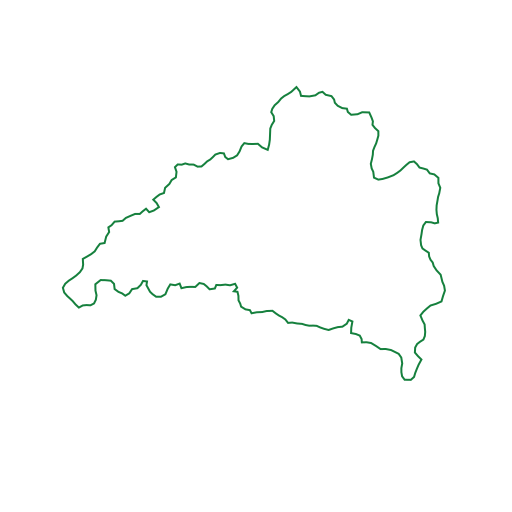 Alpinópolis, Minas Gerais, Brazil, rotated 257°
{"feature_id": "56859067B92353622671718", "entity_name": "Alpinópolis", "entity_type": "district", "adm_level": 2, "iso_a3": "BRA", "parent_name": "Brazil", "parent_adm1": "Minas Gerais", "projection": "albers", "projection_center": [-46.38, -20.827], "detail": "fine", "context": "isolated", "style": "outline", "palette": "green", "viewbox_px": 512, "rotation_deg": 257, "n_neighbors": 0, "source": "geoboundaries", "source_scale": "gbopen_adm2", "svg_char_len": 3726}
<svg xmlns="http://www.w3.org/2000/svg" viewBox="0 0 512 512"><g transform="rotate(257 256 256)"><path d="M292.1,86.6L286.4,85.6L282.9,84.1L279.9,80.8L277.4,76.4L275.6,72.2L274.1,68.1L271.9,63.9L268.5,60.7L263.6,60.9L259.4,63.1L256.4,65.2L253.4,67.2L249.5,69.2L245.6,71.8L246.8,76.1L246.3,79.9L245.2,83.6L246.2,87.5L249.4,90.1L253.6,91.8L258.4,91.8L264.6,93.1L267.5,99.2L266.3,103.9L264.6,109.0L260.8,111.4L255.6,110.8L252.0,113.9L249.7,117.1L246.7,119.7L248.1,124.1L251.6,127.8L251.3,133.2L253.8,137.3L257.1,140.3L255.7,144.1L252.2,142.7L248.6,143.7L245.0,144.7L242.1,146.6L238.8,149.5L237.7,154.3L239.1,159.1L244.1,162.7L247.6,166.1L245.7,170.7L246.3,175.4L241.4,176.1L241.4,181.1L240.7,185.2L239.5,189.9L242.4,194.8L240.5,198.8L237.7,201.0L234.0,203.3L233.6,208.6L236.7,210.8L235.6,214.8L235.0,219.8L233.3,224.1L233.6,229.4L229.4,230.5L226.6,226.5L225.3,229.9L221.1,229.9L216.7,229.0L213.2,229.9L210.0,230.1L206.4,233.7L204.6,237.9L201.2,238.8L201.0,244.1L200.0,249.4L200.0,253.9L198.9,259.7L195.6,262.4L192.8,265.0L190.5,267.7L187.6,270.3L183.6,272.2L183.0,276.3L181.0,280.9L179.5,285.6L177.6,288.8L176.1,292.2L175.3,296.1L174.3,299.4L172.0,302.4L169.7,306.0L167.6,310.0L168.1,315.1L168.3,319.7L167.7,324.3L169.6,329.2L172.9,332.0L170.5,335.2L164.7,332.7L159.5,331.3L157.5,335.8L155.1,339.2L151.3,340.2L148.0,339.7L147.1,344.3L145.3,348.6L141.2,352.8L137.3,356.4L136.2,361.5L134.0,366.4L131.4,369.6L128.6,373.0L124.4,374.7L118.4,374.3L114.0,372.4L110.0,371.5L105.9,371.3L102.0,373.0L100.5,379.0L102.6,382.8L106.3,384.9L109.8,387.3L113.5,390.0L117.9,393.9L122.0,391.3L126.2,389.1L131.0,390.5L134.0,393.2L135.5,396.4L136.9,400.3L140.0,402.5L144.0,403.8L147.7,404.3L151.4,404.9L155.8,403.7L161.1,402.8L164.1,406.6L166.4,410.7L168.5,414.9L168.9,420.7L170.0,426.5L175.0,429.3L179.8,432.3L184.7,432.6L188.9,431.8L196.2,431.7L201.4,428.7L206.2,426.9L209.9,426.7L213.1,425.2L216.6,424.6L220.3,425.1L223.3,422.2L225.9,419.9L229.3,419.3L234.7,419.9L240.1,422.2L244.0,423.7L248.1,425.9L250.9,429.2L249.4,434.3L247.6,437.5L247.6,441.0L251.9,441.6L256.1,441.6L260.4,442.2L264.7,443.4L269.4,445.4L272.6,446.7L275.8,448.6L281.0,450.9L285.8,450.1L291.1,451.3L295.4,448.1L297.4,443.9L301.7,442.0L303.6,438.7L305.4,435.2L309.3,433.5L312.6,431.2L312.8,426.7L311.0,423.1L309.3,420.1L306.8,415.9L305.2,412.2L303.8,408.2L302.9,402.0L302.6,396.7L302.9,392.4L305.8,388.6L311.7,389.2L315.3,388.4L320.0,388.6L324.1,390.7L328.4,392.6L332.2,393.7L335.6,396.0L338.7,398.4L342.0,400.3L345.7,402.3L350.1,403.3L353.9,400.7L357.6,399.0L360.9,400.2L364.9,399.7L370.4,398.6L372.2,391.8L371.3,386.9L372.2,380.5L375.7,377.9L379.1,377.7L380.7,373.3L384.0,369.4L387.6,367.3L390.9,367.3L394.8,365.5L397.4,360.2L401.0,357.7L400.9,354.1L399.2,350.0L399.5,343.9L400.8,339.4L401.9,335.9L406.3,335.8L411.5,333.4L408.0,327.3L406.6,323.4L405.5,319.5L403.8,315.9L401.0,312.3L398.7,308.1L395.8,305.0L392.7,303.2L388.3,304.7L383.5,304.1L380.3,300.9L377.0,298.6L370.8,296.9L366.1,295.6L361.5,293.8L356.8,291.3L360.5,286.3L364.9,283.1L365.8,278.3L366.9,273.8L368.6,270.0L366.0,266.6L361.6,263.5L358.3,260.2L356.8,255.8L356.6,250.5L359.4,248.3L363.2,247.8L364.5,244.1L364.0,239.2L362.0,236.1L360.3,233.1L359.2,229.7L357.3,226.5L355.5,223.0L356.2,219.2L359.1,215.8L360.2,211.4L362.1,207.9L361.7,204.2L362.8,200.3L360.8,197.0L355.9,197.5L350.6,195.6L349.0,190.9L345.7,187.8L342.9,182.8L338.1,180.5L337.6,176.0L336.0,172.4L334.0,168.6L329.9,171.1L325.5,172.4L323.3,166.7L322.7,161.8L326.8,159.5L325.0,155.6L323.1,152.2L324.2,147.7L323.4,143.0L322.4,137.8L320.3,133.9L320.7,130.1L321.3,126.0L318.5,122.2L317.1,118.6L312.4,118.3L308.6,114.4L302.7,111.4L303.0,106.7L300.0,103.1L296.8,99.9L294.9,95.8L293.3,90.7L292.1,86.6Z" fill="none" stroke="#15803d" stroke-width="2"/></g></svg>